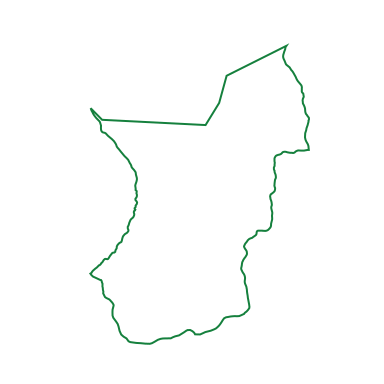 outline of Dekiling, Geylegphug, Bhutan, rotated 187°
{"feature_id": "84629894B28878505567361", "entity_name": "Dekiling", "entity_type": "district", "adm_level": 2, "iso_a3": "BTN", "parent_name": "Bhutan", "parent_adm1": "Geylegphug", "projection": "robinson", "projection_center": [90.344, 26.935], "detail": "fine", "context": "isolated", "style": "outline", "palette": "green", "viewbox_px": 384, "rotation_deg": 187, "n_neighbors": 0, "source": "geoboundaries", "source_scale": "gbopen_adm2", "svg_char_len": 6011}
<svg xmlns="http://www.w3.org/2000/svg" viewBox="0 0 384 384"><g transform="rotate(187 192 192)"><path d="M282.9,98.6L281.7,97.3L279.8,95.9L278.4,95.5L272.3,93.5L271.5,93.5L270.7,92.4L270.4,91.3L269.7,90.2L269.5,88.8L269.4,87.4L268.9,86.1L268.5,84.1L267.8,82.2L267.8,80.6L265.6,77.2L264.2,76.4L261.0,75.3L259.8,74.4L259.2,73.8L258.0,72.8L257.4,72.2L256.9,71.6L256.4,70.9L256.0,70.2L256.0,69.4L256.2,67.8L256.5,65.5L256.3,63.1L255.8,59.7L254.8,57.6L251.5,54.1L249.7,52.0L248.5,49.5L247.0,45.4L244.9,41.9L242.3,40.1L239.2,38.7L236.8,36.1L235.0,35.5L229.0,35.4L224.4,35.7L219.8,35.8L215.4,36.2L213.4,37.0L211.0,38.7L207.9,41.1L205.3,42.4L202.9,43.1L198.0,43.8L195.2,44.2L193.3,45.5L191.1,46.7L187.4,48.1L182.9,51.7L180.8,53.6L179.6,54.4L177.0,54.8L174.6,53.9L172.7,52.6L171.6,51.1L166.6,51.6L164.1,53.1L161.7,54.6L156.5,56.6L153.6,58.2L151.7,59.4L150.2,61.0L148.8,62.8L147.7,64.7L146.7,66.7L145.8,68.7L144.7,70.6L142.9,71.8L140.8,72.4L138.7,73.1L136.6,73.6L134.5,74.0L132.2,74.2L130.0,74.6L128.3,75.6L125.4,77.4L124.9,78.5L123.3,80.0L122.0,81.8L121.0,83.7L121.0,85.0L121.2,85.8L121.4,86.6L121.6,87.4L123.1,92.1L123.6,93.6L123.8,94.4L124.0,95.3L124.2,96.1L124.9,98.4L125.1,99.2L125.3,100.0L125.6,101.6L125.8,102.4L126.1,103.2L126.3,104.0L126.6,104.8L127.0,105.5L127.4,106.2L127.8,106.9L128.2,107.6L128.5,108.4L128.7,109.2L128.8,110.0L128.8,112.5L128.9,113.3L129.1,114.1L129.4,114.9L129.7,115.6L130.1,116.3L130.6,117.0L131.7,118.2L132.2,118.9L133.0,120.2L133.5,120.9L133.8,121.7L133.9,122.5L133.8,123.3L133.7,124.1L133.7,124.9L133.6,125.7L133.7,126.6L133.6,127.4L133.6,128.2L133.4,129.0L133.1,129.7L132.9,130.5L132.6,131.3L132.2,132.0L131.9,132.7L131.4,133.4L130.7,134.8L130.4,135.6L130.0,136.4L129.9,137.2L130.0,138.0L130.2,138.8L130.4,139.6L130.8,140.3L131.3,140.9L132.4,142.1L133.2,143.2L133.7,144.1L133.7,144.7L133.4,145.6L133.2,146.4L132.9,147.1L132.5,147.8L131.6,149.2L131.2,149.9L130.9,150.7L130.4,151.3L129.9,151.9L129.3,152.5L128.6,152.9L127.9,153.3L127.2,153.6L126.5,154.0L126.0,154.6L124.2,156.2L123.6,156.8L123.1,157.4L122.9,158.2L122.9,159.0L122.9,159.9L122.8,160.7L122.3,161.4L121.6,161.7L120.9,161.8L119.3,162.0L117.7,162.2L116.9,162.1L116.2,162.2L114.6,162.3L113.8,162.5L113.1,162.8L112.4,163.2L111.8,163.7L111.3,164.3L110.8,165.0L110.3,165.7L109.9,166.4L109.6,167.1L109.5,167.9L109.5,168.8L109.6,169.6L109.6,170.4L109.4,172.1L109.3,172.9L109.2,173.7L109.1,174.7L109.2,175.5L109.5,177.2L109.7,178.0L109.7,178.8L109.7,180.4L109.8,181.3L110.0,182.0L110.3,182.8L111.2,185.1L111.4,185.9L111.5,186.7L111.4,187.5L111.2,188.3L111.2,189.2L111.4,190.0L111.6,190.8L111.8,191.6L112.1,192.3L112.4,193.1L112.8,193.8L113.2,194.5L113.6,196.1L113.9,196.9L113.9,197.7L113.8,198.5L113.5,199.3L112.9,199.8L112.3,200.4L111.2,201.5L110.7,202.1L110.2,202.8L110.0,203.6L109.9,204.4L109.9,205.2L110.0,206.1L110.4,206.8L110.7,207.5L111.0,208.3L111.0,209.1L111.1,210.8L111.1,212.4L111.1,213.3L111.1,214.1L110.9,214.9L110.6,215.7L110.5,216.5L110.6,217.3L110.8,218.1L111.0,218.9L111.3,219.7L112.1,221.1L112.4,221.8L112.6,222.6L112.7,223.3L113.2,223.9L113.5,224.7L113.6,225.5L113.7,226.3L113.2,227.9L113.3,228.7L113.4,229.5L113.4,230.3L113.4,231.2L113.7,232.0L113.9,232.8L114.0,233.6L114.1,234.4L114.2,235.2L114.1,236.0L113.8,236.8L113.5,237.5L113.0,238.2L112.4,238.7L111.6,239.0L111.0,239.4L110.2,239.6L109.5,239.9L108.8,240.3L108.1,240.8L107.6,241.4L107.2,242.1L106.6,242.7L105.9,243.0L105.2,243.2L104.4,243.3L103.6,243.3L102.0,243.0L101.3,243.0L100.5,242.9L99.7,242.9L98.9,242.9L97.4,243.1L96.6,243.0L95.8,243.2L94.9,243.8L94.0,244.9L92.6,245.8L91.7,246.2L88.5,246.4L86.0,246.7L82.5,247.8L81.2,248.0L82.0,251.6L82.3,252.4L82.9,253.6L84.7,256.0L85.7,257.7L86.5,260.0L86.6,261.3L86.8,264.2L86.2,267.2L86.1,269.3L85.4,272.4L85.2,274.0L84.9,276.0L85.1,276.8L84.8,277.9L84.8,278.8L85.1,280.0L85.9,280.8L86.6,281.5L87.5,282.6L88.5,283.5L89.3,285.3L90.0,288.7L90.6,290.1L91.5,291.7L92.7,293.4L93.0,294.9L93.4,296.5L93.3,298.0L92.7,300.0L92.8,300.6L93.6,303.3L94.8,304.2L95.2,304.9L95.4,305.8L95.4,306.5L95.6,307.8L95.7,309.3L96.1,310.5L96.5,311.2L97.6,312.3L98.9,313.5L100.3,314.8L101.1,315.7L102.3,317.4L102.6,318.0L103.2,319.0L106.3,323.2L107.3,324.3L108.3,325.1L109.1,326.1L110.3,327.6L113.8,329.8L114.4,330.4L116.2,333.7L116.6,334.3L117.0,334.9L117.5,335.8L117.9,336.8L118.1,337.8L118.1,339.3L117.9,340.4L117.5,342.8L117.2,343.8L117.1,344.4L116.9,345.2L116.9,347.0L116.1,348.6L171.8,311.6L175.9,283.7L186.7,260.1L290.0,252.7L302.8,262.8L301.6,260.5L300.6,259.2L299.8,257.9L298.8,256.6L297.6,255.3L296.1,253.8L292.6,251.0L291.9,250.2L290.4,246.8L290.2,244.5L289.9,242.9L289.5,241.8L288.9,241.1L288.4,240.6L287.7,240.3L285.8,240.1L284.8,239.7L282.2,237.5L277.9,234.7L275.6,232.9L273.8,230.8L273.1,229.8L272.2,227.9L271.2,226.8L269.8,225.6L267.3,223.1L266.0,221.9L264.0,220.0L263.1,219.2L261.2,217.8L259.3,216.2L257.1,212.9L256.1,211.8L255.3,210.3L255.2,209.7L254.3,208.6L252.2,206.8L250.5,204.9L250.2,204.2L249.8,202.5L248.6,199.6L248.4,199.0L248.2,197.5L248.4,195.5L249.0,192.7L249.1,191.3L248.4,188.8L248.2,187.0L247.5,186.6L247.0,186.1L246.9,185.3L247.0,184.0L246.4,182.7L246.2,181.4L246.3,180.5L246.6,179.6L247.3,178.5L247.3,177.9L247.1,177.1L245.7,175.8L245.2,174.8L245.4,173.2L246.3,171.7L246.1,170.3L247.0,168.9L246.8,168.1L246.1,167.6L246.4,166.7L247.1,166.1L247.3,165.4L247.2,164.4L246.6,163.1L246.6,161.9L246.8,161.1L247.2,159.9L247.6,159.3L248.9,157.9L249.6,156.9L250.5,153.8L250.7,152.2L251.0,150.8L251.5,149.8L251.4,148.4L251.1,147.6L250.5,146.6L250.4,145.9L250.5,145.3L251.4,143.7L253.6,141.9L254.7,140.2L255.1,139.5L255.5,137.5L255.7,135.3L256.0,133.9L256.8,133.2L257.7,132.7L258.5,131.7L259.4,130.4L259.8,129.4L260.0,128.7L259.9,127.0L260.3,126.0L260.7,125.3L260.9,124.2L260.9,123.3L261.6,122.5L262.9,122.2L263.8,121.6L264.2,120.9L265.6,118.6L266.7,116.1L267.2,115.3L267.8,115.0L269.6,115.1L270.3,114.9L271.3,113.8L272.4,111.4L273.6,110.0L273.8,109.2L274.8,108.1L275.4,107.9L277.3,105.4L278.7,104.1L280.8,101.7L281.4,100.7L281.9,99.5L282.4,99.0L282.9,98.6Z" fill="none" stroke="#15803d" stroke-width="2"/></g></svg>